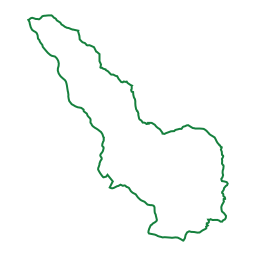 the district of Lebong, Bengkulu, Indonesia
{"feature_id": "22746128B6914990948320", "entity_name": "Lebong", "entity_type": "district", "adm_level": 2, "iso_a3": "IDN", "parent_name": "Indonesia", "parent_adm1": "Bengkulu", "projection": "albers", "projection_center": [102.228, -3.053], "detail": "fine", "context": "isolated", "style": "outline", "palette": "green", "viewbox_px": 256, "rotation_deg": 0, "n_neighbors": 0, "source": "geoboundaries", "source_scale": "gbopen_adm2", "svg_char_len": 5583}
<svg xmlns="http://www.w3.org/2000/svg" viewBox="0 0 256 256"><path d="M183.4,240.6L184.9,238.2L185.6,235.0L187.1,232.4L189.2,231.3L191.3,231.9L194.1,232.0L197.3,232.6L199.6,232.5L202.5,230.4L205.7,228.8L206.4,228.0L206.1,226.6L207.1,225.9L207.8,225.5L207.3,225.0L207.3,224.9L206.7,224.3L206.8,223.3L207.9,223.1L208.8,222.4L208.9,221.1L208.2,219.7L210.0,219.7L210.6,219.2L212.5,220.0L217.3,219.9L219.0,220.5L220.5,221.6L222.2,221.6L223.1,220.3L224.9,219.4L225.8,217.9L226.0,215.9L224.1,213.3L222.0,211.5L221.5,209.6L221.3,207.1L221.9,205.2L223.9,201.6L223.6,200.3L223.7,199.0L225.1,198.9L225.1,198.3L224.8,197.3L223.8,196.5L223.3,195.9L223.4,194.9L223.2,194.1L223.0,193.6L222.1,192.9L222.2,191.9L222.8,191.2L223.8,189.6L224.0,188.2L225.8,186.0L227.1,185.2L227.7,183.6L226.7,182.1L225.6,181.8L224.1,181.4L222.0,181.1L221.8,180.4L221.5,180.1L221.3,178.9L222.4,177.4L223.1,175.1L222.6,173.2L222.6,172.1L222.7,170.8L222.9,170.0L223.3,168.9L223.6,166.2L223.4,165.3L222.9,165.0L222.8,164.9L222.7,164.7L222.0,163.6L222.2,160.7L221.9,159.0L222.3,158.4L223.2,156.5L223.1,155.7L222.0,154.8L221.8,151.7L220.9,149.6L221.7,147.7L221.7,147.2L221.1,146.9L220.7,146.9L220.3,146.1L220.2,145.8L220.0,145.4L219.9,145.3L219.2,145.0L219.0,144.5L218.8,144.3L217.7,143.1L216.7,141.5L215.4,138.8L214.6,137.4L214.4,137.3L212.2,135.9L211.1,135.3L209.4,134.1L208.5,132.9L207.9,132.4L207.1,131.4L205.5,130.0L203.7,128.9L201.9,128.7L199.1,128.5L195.1,128.5L194.6,128.3L192.7,128.0L190.4,126.6L188.2,125.2L186.7,125.4L184.9,126.3L183.5,126.6L182.8,127.0L181.5,128.9L179.4,128.9L178.0,129.3L176.3,129.7L175.3,130.0L174.2,131.1L171.0,131.3L167.0,132.8L166.3,133.0L164.5,133.9L162.5,133.6L162.3,132.5L161.7,131.8L160.0,129.4L159.1,128.7L158.2,128.2L156.6,126.9L156.1,126.4L155.0,125.0L154.7,124.7L151.9,123.0L151.4,122.9L148.3,122.9L148.6,123.7L146.4,124.0L145.8,123.2L144.1,122.6L142.7,122.6L141.4,120.6L139.7,119.5L139.4,119.1L139.1,118.5L138.3,114.8L138.4,113.6L137.6,111.3L136.9,110.9L136.9,110.5L136.1,109.1L135.5,106.0L135.3,103.5L135.3,101.2L135.0,99.3L133.9,97.3L133.3,94.8L133.1,92.0L131.7,91.7L131.1,90.0L131.7,88.9L131.7,85.8L131.9,85.6L130.4,84.9L127.5,82.9L126.7,81.6L125.5,81.9L123.8,81.5L122.7,82.3L121.2,82.0L118.5,78.7L117.2,76.2L116.7,76.2L115.1,75.6L113.3,74.6L111.5,74.6L110.9,74.4L108.0,71.3L105.8,70.0L105.6,69.4L103.8,68.9L103.6,68.8L102.8,68.4L102.6,68.4L102.1,67.8L100.9,67.8L100.5,67.6L100.4,67.5L101.0,64.5L99.5,61.2L99.5,54.1L96.9,51.9L96.2,51.6L94.0,47.2L91.2,45.9L89.4,45.2L87.6,45.4L86.6,45.1L86.4,44.6L84.8,43.0L82.6,42.3L81.9,41.7L81.5,41.3L79.7,39.4L79.4,35.9L78.0,31.1L78.2,30.7L75.0,30.0L72.8,29.5L72.6,29.6L71.5,29.2L71.1,29.1L70.8,28.9L68.6,28.0L67.0,27.8L64.9,26.8L63.1,25.4L61.5,24.5L60.3,22.6L56.7,20.3L56.1,19.1L55.2,18.3L54.2,17.9L53.1,16.8L52.7,16.3L51.6,15.4L49.5,15.4L48.7,15.4L47.3,15.5L46.4,15.6L45.7,15.7L44.0,15.8L42.4,16.2L40.5,18.3L39.0,19.3L37.2,19.0L35.8,19.0L33.6,18.2L32.1,17.8L30.6,18.3L29.3,19.5L28.3,19.9L28.4,20.1L28.6,20.4L29.5,22.0L29.8,23.8L30.7,27.1L32.0,29.7L33.5,30.9L35.3,31.9L36.2,32.6L36.8,33.3L37.6,35.3L38.0,38.6L39.3,40.0L39.8,41.5L40.6,42.8L42.3,44.9L42.8,46.9L45.8,50.5L47.8,52.8L50.3,55.0L51.8,55.8L54.9,56.5L56.5,58.0L57.5,59.5L58.4,61.3L58.4,62.1L58.8,63.2L58.6,66.0L57.9,68.4L57.8,70.6L58.7,73.5L59.3,74.4L60.2,75.8L61.1,76.8L63.0,78.5L64.2,79.5L65.0,80.2L65.9,81.6L66.5,83.6L66.9,85.5L67.5,89.5L67.7,90.4L67.7,90.9L68.1,92.3L68.2,93.4L68.4,94.3L68.4,95.5L68.3,96.2L68.6,98.3L68.9,99.7L69.3,101.1L71.7,104.2L73.7,105.3L75.3,106.3L77.8,107.3L79.2,107.5L81.3,107.9L83.6,109.6L83.6,110.4L83.7,111.1L83.9,111.4L85.6,112.7L85.8,112.9L86.0,113.0L86.7,113.5L87.1,114.2L87.3,115.0L87.6,115.7L88.5,116.8L89.7,118.0L89.8,118.1L90.4,119.0L90.5,119.5L90.6,119.9L90.6,120.2L90.5,121.2L90.5,122.7L91.0,123.4L91.6,124.3L91.9,125.1L92.8,126.2L94.8,127.7L96.2,128.5L97.3,129.2L98.7,130.2L99.5,130.9L101.0,132.0L102.0,133.5L102.3,134.0L102.6,134.6L102.9,135.7L103.3,136.8L103.7,137.9L103.8,137.9L103.7,138.6L103.8,139.1L103.7,139.3L103.7,140.7L103.4,141.3L103.1,141.7L102.8,142.7L102.6,143.3L102.5,143.5L102.4,143.8L102.3,144.2L102.3,144.6L102.3,144.9L102.2,145.6L102.4,146.1L102.8,146.6L103.5,147.2L103.6,147.8L103.6,148.3L102.9,151.0L102.1,152.4L101.5,153.1L101.3,153.4L101.1,153.5L100.6,154.3L100.5,154.7L100.3,155.1L100.3,155.6L100.6,156.4L100.9,156.9L101.4,157.4L101.5,157.6L101.7,158.3L101.6,159.0L101.6,159.3L101.0,160.1L100.4,161.1L100.2,161.5L99.8,162.7L99.5,163.5L99.5,164.5L99.0,166.0L98.8,166.7L98.7,166.9L98.5,167.4L98.3,167.8L98.2,168.2L98.2,168.3L98.2,168.7L98.1,169.3L98.5,170.3L99.2,171.5L99.8,172.6L100.2,173.2L100.4,173.5L101.1,174.5L101.4,174.9L101.8,175.5L102.0,175.8L102.6,176.4L102.9,176.8L103.2,177.2L103.4,177.3L103.5,177.3L104.1,177.2L106.2,176.6L107.3,175.1L107.5,174.8L112.8,181.4L112.0,182.9L111.2,184.5L109.7,187.5L109.9,187.6L111.3,188.2L111.5,188.2L112.4,188.3L113.8,187.9L117.1,186.2L118.4,185.9L120.5,184.7L122.9,185.8L124.3,185.4L125.4,185.7L126.5,186.9L127.4,187.1L128.9,187.9L129.6,189.0L130.9,191.2L132.6,192.7L135.7,194.3L136.7,195.7L137.9,197.4L140.2,199.6L140.9,200.1L141.4,200.4L141.8,200.6L143.2,201.2L144.6,201.8L147.5,204.6L150.1,205.1L151.4,205.1L152.8,205.4L153.7,205.8L154.5,207.2L154.6,211.0L154.8,212.8L155.7,214.6L155.9,215.8L156.4,217.8L156.9,220.0L156.5,221.0L155.2,222.1L152.7,223.6L151.9,224.6L150.7,225.3L149.2,228.7L148.9,229.7L148.5,231.1L148.4,232.4L149.0,233.5L154.8,234.6L156.6,235.3L157.7,236.0L159.6,236.6L160.6,236.8L162.6,237.4L164.7,237.2L166.2,237.3L170.3,237.6L172.0,237.8L175.5,237.4L177.7,237.6L180.5,239.0L183.1,240.6L183.4,240.6Z" fill="none" stroke="#15803d" stroke-width="2"/></svg>